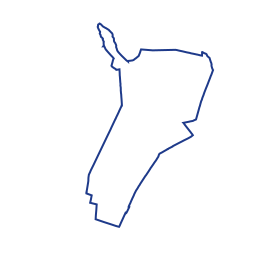 Moldoveni, Neamt, Romania, rotated 110°
{"feature_id": "2599482B40239135876534", "entity_name": "Moldoveni", "entity_type": "district", "adm_level": 2, "iso_a3": "ROU", "parent_name": "Romania", "parent_adm1": "Neamt", "projection": "albers", "projection_center": [26.778, 46.815], "detail": "fine", "context": "isolated", "style": "outline", "palette": "blue", "viewbox_px": 256, "rotation_deg": 110, "n_neighbors": 0, "source": "geoboundaries", "source_scale": "gbopen_adm2", "svg_char_len": 5337}
<svg xmlns="http://www.w3.org/2000/svg" viewBox="0 0 256 256"><g transform="rotate(110 128 128)"><path d="M182.0,148.5L183.1,148.6L185.3,148.8L186.1,148.6L187.2,148.4L188.5,148.1L191.2,147.2L192.5,146.9L199.9,145.5L201.8,145.2L202.5,145.1L202.5,144.9L203.7,144.7L203.7,139.1L207.9,138.4L211.2,138.0L210.9,134.8L210.6,132.5L210.5,131.3L216.0,129.7L218.6,129.0L220.8,128.4L224.8,127.2L224.6,118.0L224.3,110.1L224.2,106.1L224.1,104.6L223.9,102.6L222.6,102.4L219.3,102.2L215.9,101.9L214.7,101.8L210.7,101.5L210.5,101.4L209.8,101.4L208.7,101.3L208.8,101.0L208.2,100.9L208.2,100.5L207.0,100.3L204.1,100.0L202.3,99.8L201.9,99.8L202.0,100.4L201.6,100.5L199.1,100.3L197.5,100.1L196.2,100.1L195.1,100.0L192.2,99.8L190.4,99.6L189.0,99.5L188.0,99.5L185.4,99.2L183.8,99.0L182.7,98.7L181.4,98.4L179.0,98.0L177.2,97.5L176.8,97.5L175.9,97.3L167.7,95.4L166.9,95.2L166.5,95.0L166.1,94.9L162.8,94.1L162.0,93.9L161.6,93.8L159.7,93.4L159.4,93.3L157.7,93.0L156.8,92.7L156.4,92.6L156.0,92.5L154.8,92.2L154.2,92.0L153.7,91.9L152.9,91.7L152.6,91.6L151.9,91.5L151.0,91.2L150.8,91.2L149.9,90.9L148.8,90.6L146.8,90.2L146.3,90.1L145.4,89.9L144.6,89.7L142.6,89.8L141.5,89.6L141.4,89.6L140.7,89.0L139.3,87.7L137.0,85.8L134.9,84.0L134.8,83.9L134.5,83.7L134.3,83.7L134.2,83.6L134.1,83.2L133.4,82.8L132.9,82.4L132.1,81.6L130.5,80.1L130.2,79.8L129.9,79.8L129.1,79.1L124.2,74.6L122.6,73.1L120.4,71.1L117.5,68.3L115.1,66.2L114.6,65.8L113.6,65.2L112.6,64.6L112.2,65.1L111.9,65.5L111.4,66.4L111.0,67.0L110.2,68.2L109.9,68.7L109.6,69.2L106.3,74.5L105.1,76.4L104.8,76.7L104.5,77.1L104.2,77.7L102.8,75.4L100.9,72.3L100.7,72.1L99.3,69.7L98.9,69.2L98.4,68.8L96.7,67.0L86.3,67.8L84.0,68.0L82.5,68.0L81.7,68.1L79.4,68.3L77.6,68.4L76.7,68.3L76.2,68.3L75.5,68.3L74.8,68.4L73.5,68.4L71.1,68.3L70.3,68.4L69.8,68.3L69.0,68.4L64.5,68.3L64.2,68.3L61.9,68.2L58.4,68.1L57.0,68.1L53.3,68.0L52.8,68.0L52.1,68.0L51.2,68.0L50.7,68.0L49.8,67.9L48.1,67.9L44.8,67.9L44.8,68.0L44.5,68.1L44.3,68.2L43.8,68.7L43.5,68.9L43.2,69.2L43.0,69.4L41.5,70.5L40.7,70.9L40.3,71.1L39.9,71.1L38.7,71.8L38.3,72.1L37.9,72.5L37.5,72.9L37.2,73.1L36.8,73.4L36.2,73.9L35.4,74.5L35.0,74.8L34.7,75.0L34.3,75.3L33.9,76.4L33.7,76.9L33.5,77.6L33.4,77.8L33.2,78.1L33.0,78.3L32.6,78.7L32.1,79.2L31.9,79.4L31.8,79.5L31.7,79.9L31.6,80.3L31.6,80.6L31.6,80.8L31.6,81.9L31.5,82.6L31.5,83.2L31.4,83.4L31.2,83.7L31.2,83.9L31.2,84.1L31.3,84.3L31.6,84.3L31.9,84.1L32.1,84.0L34.7,83.2L34.9,84.2L35.0,85.4L35.1,85.7L35.1,85.9L35.1,86.2L35.2,86.8L35.3,88.0L35.5,88.9L35.5,89.2L35.8,91.3L35.9,92.1L36.0,92.6L36.1,93.3L36.3,94.5L36.3,95.4L36.4,96.1L36.8,98.5L37.3,102.9L37.7,105.7L37.9,107.3L38.0,108.4L38.3,110.1L46.6,131.4L49.7,142.6L51.4,142.6L53.0,142.5L56.2,142.6L56.6,142.6L56.8,142.7L60.2,144.7L60.5,145.0L60.8,145.2L61.7,145.7L62.0,145.9L62.3,146.1L62.6,146.5L62.9,146.8L63.2,147.4L63.6,148.1L63.9,148.7L64.5,149.9L64.7,150.4L64.9,150.6L65.0,150.8L65.3,150.9L65.5,150.8L65.3,151.3L65.3,151.7L64.8,153.1L64.6,153.5L62.4,158.4L61.0,161.2L60.4,162.3L60.1,162.9L59.5,163.8L59.4,164.0L58.8,164.6L58.4,165.0L57.2,165.8L56.8,166.2L56.3,166.6L56.1,166.8L55.9,166.9L55.5,167.0L54.7,167.2L54.3,167.4L54.1,167.6L52.6,169.0L52.3,169.5L51.9,170.1L51.6,170.4L51.2,170.8L50.9,171.0L50.6,171.1L49.9,171.4L49.1,171.7L48.7,171.9L48.5,172.1L48.1,172.6L47.8,173.2L47.7,173.4L47.5,173.7L47.4,173.8L47.0,173.9L46.7,173.9L45.3,174.5L45.1,174.7L44.8,175.0L44.5,175.3L44.4,175.4L44.3,175.7L44.2,176.0L43.5,177.4L43.0,178.4L42.9,178.8L42.5,179.3L42.4,179.7L42.3,180.1L42.1,180.9L42.0,181.3L42.0,181.6L41.9,181.9L41.9,182.0L41.7,182.7L41.7,182.9L41.7,183.4L41.6,183.7L41.5,184.4L41.4,184.9L41.2,186.0L41.1,186.4L41.0,186.6L40.2,188.2L40.0,188.6L39.8,189.1L39.7,189.7L39.6,190.0L39.6,190.5L39.9,190.6L40.2,190.7L40.5,191.0L40.8,191.3L41.0,191.3L41.3,191.4L41.5,191.4L42.0,191.2L42.4,191.0L42.8,191.0L43.0,191.1L43.4,191.0L43.6,190.9L43.9,190.6L44.6,190.0L44.8,189.7L45.2,189.4L45.7,188.9L45.9,188.6L46.6,187.8L46.8,187.6L47.0,187.2L47.5,187.0L47.9,186.9L48.7,186.9L49.0,186.8L49.1,186.7L49.4,186.3L49.9,185.6L50.1,185.5L50.2,185.4L50.4,185.3L50.6,185.3L50.9,185.1L51.1,184.9L51.5,184.6L51.7,184.3L51.8,184.1L51.9,183.5L52.2,182.8L52.3,182.7L52.6,182.5L52.7,182.2L52.8,182.2L53.1,182.0L53.3,182.0L53.5,182.0L53.7,181.9L53.8,181.7L54.2,181.3L54.8,180.8L54.9,180.6L55.1,180.4L55.3,180.2L56.1,180.1L56.3,180.1L56.5,180.0L56.9,179.8L57.5,179.5L57.7,179.4L57.9,179.3L58.7,179.2L58.8,179.1L59.0,179.0L59.4,179.0L59.7,179.1L59.5,178.6L59.2,178.4L60.4,177.2L61.8,175.8L62.4,174.6L62.5,174.6L65.5,169.0L66.1,167.8L66.3,167.3L67.5,165.2L68.1,165.3L69.6,165.3L71.3,165.1L75.2,164.8L75.3,164.5L75.6,164.2L75.9,163.8L75.9,163.6L76.2,162.7L76.3,162.4L76.3,162.2L76.6,161.2L76.7,160.3L76.9,159.8L76.9,159.5L77.0,159.2L77.2,158.8L77.3,158.8L77.3,158.7L75.8,156.1L78.5,154.9L81.5,153.7L82.7,153.1L87.2,151.1L88.5,150.5L88.6,150.4L89.2,150.1L89.7,150.0L90.1,149.8L90.6,149.7L91.3,149.3L92.6,148.6L94.4,147.9L95.3,147.6L96.3,147.1L96.5,147.0L96.7,146.9L97.5,146.6L98.5,146.0L101.5,144.7L101.9,144.5L104.1,143.5L108.7,141.5L108.9,141.5L109.0,141.6L109.2,141.4L109.4,141.4L109.7,141.5L110.2,141.6L110.5,141.7L112.8,141.9L113.2,141.9L114.9,142.1L115.7,142.1L117.9,142.3L118.9,142.4L121.7,142.7L123.7,142.8L123.8,142.9L133.6,143.8L135.3,143.9L143.0,144.7L164.4,146.8L174.7,147.8L178.2,148.2L180.0,148.4L181.1,148.5L182.0,148.5Z" fill="none" stroke="#1e3a8a" stroke-width="2"/></g></svg>